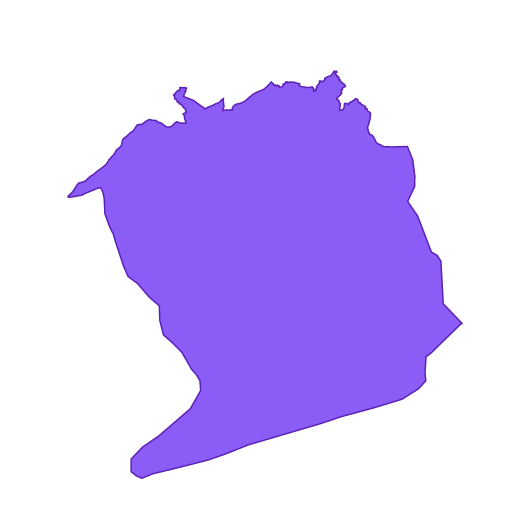 Oluyole, Oyo, Nigeria (Mercator projection), rotated 344°
{"feature_id": "59680162B11018926765325", "entity_name": "Oluyole", "entity_type": "district", "adm_level": 2, "iso_a3": "NGA", "parent_name": "Nigeria", "parent_adm1": "Oyo", "projection": "mercator", "projection_center": [3.901, 7.219], "detail": "fine", "context": "isolated", "style": "filled", "palette": "violet", "viewbox_px": 512, "rotation_deg": 344, "n_neighbors": 0, "source": "geoboundaries", "source_scale": "gbopen_adm2", "svg_char_len": 6029}
<svg xmlns="http://www.w3.org/2000/svg" viewBox="0 0 512 512"><g transform="rotate(344 256 256)"><path d="M318.7,92.9L313.0,96.3L311.0,97.2L308.9,98.0L306.6,98.4L303.1,98.6L300.4,99.1L297.9,99.7L294.7,101.1L294.1,101.2L291.2,102.7L288.4,104.0L286.6,104.4L284.5,104.8L283.0,104.9L278.7,104.6L276.6,105.2L275.4,105.9L274.0,107.3L273.5,109.1L272.6,108.9L272.0,108.5L270.3,108.4L268.5,107.6L267.3,107.3L264.1,106.9L264.4,106.2L266.4,103.6L267.3,98.0L268.0,95.8L265.7,96.5L263.6,98.0L262.8,98.3L258.5,98.7L255.7,99.3L253.5,99.5L251.8,99.7L250.2,99.8L249.4,100.0L248.3,100.5L247.9,100.9L247.7,100.8L246.0,98.2L245.1,97.3L238.7,89.1L232.4,84.3L230.3,82.7L231.9,80.3L232.9,79.3L233.1,79.0L233.3,78.4L233.9,78.4L234.3,76.5L235.4,75.7L235.5,75.5L235.1,75.1L234.1,74.5L231.6,73.9L229.2,73.1L228.3,75.7L227.1,75.6L226.8,75.5L226.4,75.6L226.1,75.5L225.9,75.9L225.2,76.3L223.4,77.0L222.8,77.8L221.3,78.3L221.3,79.1L221.9,79.4L221.2,81.9L221.4,82.7L222.3,82.7L222.5,84.4L222.9,85.8L223.1,86.8L224.2,86.9L224.2,88.6L225.3,88.6L225.5,89.7L226.6,90.9L226.8,91.6L226.8,92.5L226.9,92.9L227.3,93.5L228.4,94.7L228.5,96.1L228.3,97.1L228.9,98.7L225.2,99.3L225.4,99.6L225.4,100.3L225.9,101.6L225.8,102.0L225.5,102.6L225.6,103.1L225.3,103.9L225.3,105.8L225.6,106.7L225.3,107.8L225.3,108.6L225.4,108.8L224.3,108.9L223.8,108.5L222.2,108.2L221.9,107.9L221.1,107.7L219.9,107.6L219.3,107.1L218.2,105.9L217.6,105.6L217.4,105.6L217.0,105.3L216.6,105.2L215.0,105.6L214.3,106.1L212.9,106.7L211.9,107.4L211.4,107.6L209.7,108.5L209.3,108.4L208.2,107.9L207.6,107.9L206.3,107.7L205.1,106.9L204.2,105.5L203.5,104.9L202.6,103.3L201.6,102.4L201.0,101.6L200.1,101.3L199.3,100.8L198.9,100.1L198.0,99.4L197.3,98.2L195.9,97.8L195.4,97.4L193.5,96.9L192.4,96.1L192.0,95.6L191.4,95.5L190.7,95.6L189.8,95.5L189.5,95.6L187.1,96.3L186.0,96.5L184.1,97.6L183.4,97.9L181.3,97.7L179.1,97.2L177.5,97.5L173.6,101.0L170.8,102.6L169.8,102.6L164.6,105.3L160.9,106.6L159.1,108.8L157.9,111.3L156.3,113.4L154.4,114.3L151.9,115.2L150.4,116.3L148.6,118.3L146.6,119.8L144.5,120.8L143.2,122.0L141.3,122.8L139.9,124.3L137.7,126.3L134.4,127.9L125.7,131.2L123.0,132.5L120.3,133.4L119.1,133.6L115.1,135.5L113.8,136.4L111.0,137.1L105.6,137.0L103.3,138.6L100.1,141.4L98.3,143.1L95.7,144.8L93.3,146.0L92.2,146.4L91.7,147.9L97.0,148.7L105.4,149.5L109.2,148.7L122.8,147.2L125.7,147.6L126.4,153.1L125.9,159.1L122.4,173.7L123.4,188.3L124.9,195.8L124.9,204.3L125.9,229.5L127.4,240.5L134.4,249.6L142.3,266.6L149.3,277.2L145.8,291.2L145.3,306.3L152.3,317.4L158.3,328.4L162.8,347.0L165.9,353.5L167.7,360.6L165.7,370.1L150.8,384.7L112.9,402.2L94.5,408.3L80.0,416.8L76.5,428.9L80.3,434.3L85.0,438.2L96.5,436.9L120.9,437.9L153.8,438.9L171.7,437.9L196.6,435.4L272.1,434.9L293.1,433.9L327.0,434.4L356.9,433.9L375.8,428.4L384.8,422.8L386.2,415.1L391.7,399.7L397.2,397.7L408.2,391.7L433.6,378.1L435.5,377.6L422.8,353.5L432.3,311.9L430.2,305.2L425.7,300.6L422.4,262.0L416.8,245.3L427.8,232.8L429.6,226.1L430.5,224.2L433.2,206.7L431.7,192.5L416.1,188.5L412.0,186.9L409.2,186.3L407.1,184.6L406.5,183.5L404.1,181.8L402.8,180.0L402.6,177.4L402.2,176.4L402.0,174.2L400.8,171.8L399.2,170.6L398.4,169.2L398.7,168.5L398.5,167.7L398.3,166.1L398.6,165.4L398.6,164.9L398.5,164.2L398.7,163.1L399.7,161.5L400.6,160.5L401.1,159.5L401.6,158.9L401.9,158.1L403.3,156.0L404.0,153.8L404.9,152.3L404.9,151.1L405.4,150.5L405.5,150.2L405.1,149.8L404.9,149.1L404.4,148.7L404.1,148.2L403.4,147.5L403.2,146.8L403.1,146.2L403.3,145.3L403.1,145.0L401.7,144.6L401.5,144.3L401.8,143.7L402.5,143.0L402.5,142.8L402.5,142.6L402.0,142.3L400.4,140.5L399.2,139.3L398.9,138.9L398.3,137.2L398.1,137.1L397.3,137.3L397.3,136.8L397.0,136.1L397.0,135.6L396.8,134.7L396.9,134.1L395.9,132.5L395.2,132.5L394.8,132.2L394.6,132.2L393.9,132.9L393.1,133.4L392.7,133.3L391.2,133.7L390.4,134.2L389.7,134.1L388.2,134.2L387.6,135.0L387.1,135.0L386.7,135.3L386.8,135.6L386.5,135.8L385.3,134.6L383.9,133.8L383.7,133.7L383.1,134.0L382.9,134.4L382.3,135.9L382.2,136.5L381.9,136.8L381.4,137.8L379.6,139.4L378.6,139.2L378.2,139.2L377.3,139.1L376.8,139.2L376.8,137.8L377.3,137.1L377.6,136.2L378.2,135.2L378.5,134.2L378.5,133.9L379.0,132.9L379.1,132.5L379.0,132.3L378.5,131.8L378.3,131.0L378.4,130.3L378.6,129.8L378.5,129.4L377.9,128.9L377.7,128.1L377.3,127.8L377.0,127.7L376.8,127.3L376.9,127.0L377.4,126.3L378.6,126.0L380.6,124.8L381.4,124.5L383.0,123.4L383.4,122.9L383.4,122.5L382.9,122.1L383.1,121.7L383.1,120.9L383.2,120.6L384.0,119.8L384.4,120.2L384.7,120.2L385.4,118.7L385.9,118.2L388.7,117.6L388.4,116.0L388.0,115.0L386.2,112.6L385.6,111.3L384.5,110.2L385.1,109.8L385.3,109.5L384.8,109.1L384.5,109.0L384.5,108.1L384.7,107.6L385.0,107.3L385.0,107.1L384.2,106.5L384.0,106.1L383.6,106.4L383.2,105.8L383.9,105.1L382.1,102.9L382.2,102.7L382.9,102.1L384.1,101.8L384.6,101.6L384.1,100.5L382.8,100.8L382.5,100.0L382.2,99.8L381.3,100.6L380.4,101.1L379.4,102.3L377.1,103.4L376.3,103.5L375.7,103.3L375.2,103.3L372.6,103.8L371.1,104.2L371.1,104.8L370.9,105.0L370.9,105.4L370.1,105.6L369.5,106.6L368.4,106.3L367.8,106.6L367.6,106.8L367.3,106.7L366.5,105.7L366.1,105.4L365.2,105.3L365.0,105.7L365.4,106.1L364.9,106.5L364.9,107.1L364.2,107.7L363.5,107.9L362.5,108.8L361.5,109.3L361.1,110.0L361.1,110.6L360.3,111.1L359.8,112.1L359.5,112.2L359.7,112.6L359.6,113.1L359.0,113.2L358.6,113.4L357.1,113.5L357.0,113.4L357.4,113.1L357.3,112.7L357.5,112.3L357.4,112.1L357.0,112.0L356.9,111.8L357.2,111.3L357.6,110.8L356.7,109.2L356.5,109.4L355.3,108.8L354.1,108.6L353.6,108.8L352.6,108.4L352.3,108.4L351.8,108.0L351.4,107.8L351.0,107.8L350.8,107.9L350.0,107.7L349.1,106.7L346.8,106.0L345.4,105.0L344.6,104.2L344.8,103.7L345.5,102.5L341.9,100.5L340.8,99.5L338.1,98.8L337.2,98.2L336.4,98.0L336.0,98.0L334.5,98.3L334.1,97.3L333.4,97.5L332.9,96.9L332.5,97.1L332.1,97.6L331.5,97.8L331.4,97.9L331.4,98.2L331.2,98.3L329.2,98.4L329.1,99.7L329.0,100.1L327.8,100.4L325.0,100.4L324.6,100.1L324.9,99.7L325.0,98.8L324.9,98.6L324.1,98.1L323.9,97.7L322.5,98.1L322.0,98.2L321.8,97.9L321.5,96.7L320.3,96.7L319.8,95.7L320.0,95.0L319.3,94.1L318.7,92.9Z" fill="#8b5cf6" stroke="#5b21b6" stroke-width="1.5"/></g></svg>